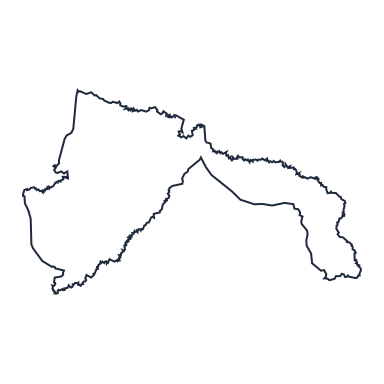 Dong Charoen, Phichit, Thailand
{"feature_id": "78962969B92900042333886", "entity_name": "Dong Charoen", "entity_type": "district", "adm_level": 2, "iso_a3": "THA", "parent_name": "Thailand", "parent_adm1": "Phichit", "projection": "robinson", "projection_center": [100.63, 16.0], "detail": "fine", "context": "isolated", "style": "outline", "palette": "slate", "viewbox_px": 384, "rotation_deg": 0, "n_neighbors": 0, "source": "geoboundaries", "source_scale": "gbopen_adm2", "svg_char_len": 5981}
<svg xmlns="http://www.w3.org/2000/svg" viewBox="0 0 384 384"><path d="M52.0,266.9L52.8,266.3L55.0,267.3L55.2,268.4L64.0,270.5L63.0,272.6L63.1,274.8L61.4,276.4L54.7,277.6L54.0,282.4L55.1,282.9L55.3,284.1L54.1,285.8L52.4,285.5L53.0,286.5L52.4,288.4L53.4,289.5L53.0,290.4L54.7,291.5L54.5,293.0L55.3,292.6L55.9,293.7L57.8,293.1L57.6,290.9L58.8,289.8L59.9,290.4L62.8,288.9L62.9,290.1L64.7,290.0L65.1,288.2L67.4,288.0L68.8,285.3L70.4,287.4L71.5,287.4L72.7,286.4L72.7,284.3L74.0,284.4L75.1,282.9L77.5,283.0L77.8,283.9L78.4,283.1L78.6,285.7L79.0,284.8L80.8,285.8L81.6,284.1L83.0,284.0L82.5,283.2L83.7,281.5L85.4,281.4L86.2,280.1L85.3,278.4L86.5,275.0L91.1,277.5L94.1,274.9L93.5,273.8L94.8,273.3L96.6,268.7L97.7,268.9L97.2,267.0L98.1,267.1L98.3,265.1L99.9,264.1L100.5,261.8L101.4,262.8L102.3,261.6L104.2,263.1L105.3,261.4L106.7,261.5L106.8,263.2L107.3,262.4L107.9,262.9L109.5,259.2L114.5,261.6L116.8,260.2L117.3,261.1L118.2,259.6L118.3,260.6L119.6,260.6L118.9,258.1L120.3,257.6L119.1,255.1L120.8,255.5L121.1,253.2L123.4,251.5L122.7,250.2L124.0,250.8L125.0,249.5L124.4,247.2L125.7,245.6L124.9,245.2L126.3,244.7L125.3,243.1L126.5,241.5L127.2,242.2L128.4,241.4L127.9,240.2L129.2,239.5L128.4,239.4L129.1,238.7L128.3,237.7L129.9,237.8L129.5,236.7L130.5,236.9L130.3,235.9L131.6,236.4L131.4,235.1L133.3,234.1L132.6,233.1L133.6,233.3L134.4,231.5L134.6,232.2L136.4,231.8L136.6,230.8L137.4,231.8L137.4,230.4L138.5,230.3L138.6,229.2L140.7,229.3L141.0,230.3L141.8,228.9L142.8,229.2L144.4,225.4L145.6,225.2L146.7,222.9L149.0,222.3L151.0,217.7L152.5,216.8L154.0,217.7L153.7,213.9L159.8,212.4L160.1,210.6L161.9,209.2L162.7,204.6L164.9,202.4L164.6,201.0L165.7,201.2L165.9,199.4L166.8,199.9L166.6,199.0L168.9,197.7L169.4,195.8L167.8,193.7L169.2,192.1L168.6,190.3L169.3,189.9L169.3,188.2L172.4,185.9L182.3,183.8L182.9,181.1L182.1,178.5L184.5,173.8L187.6,171.7L188.4,169.0L199.6,159.9L200.9,157.4L205.8,167.0L211.5,175.0L232.2,191.6L240.4,199.7L254.4,204.3L262.3,203.9L272.1,205.5L284.8,202.9L293.4,204.2L294.4,208.6L298.3,209.3L300.1,212.5L299.7,215.2L302.5,216.5L301.2,221.5L301.7,224.0L307.0,230.4L307.6,234.6L306.3,240.2L306.7,245.9L311.1,253.5L312.1,263.3L321.1,270.7L324.0,270.1L326.3,274.0L325.9,276.7L324.3,278.4L327.4,278.6L329.4,280.2L334.6,278.8L336.0,276.1L340.2,276.1L341.8,273.8L343.8,274.4L345.2,277.1L346.7,276.9L347.9,275.5L349.1,276.7L355.9,278.1L357.2,277.6L358.1,275.6L359.6,275.4L359.2,274.6L361.0,270.0L360.3,267.8L358.4,266.2L359.1,265.3L357.1,264.6L357.0,263.1L356.2,263.0L356.9,262.3L356.2,260.0L354.7,260.3L354.5,253.3L355.7,252.9L354.6,250.3L352.6,249.4L352.7,246.9L351.5,245.7L351.9,244.7L349.3,242.4L346.9,242.0L347.1,241.0L343.0,237.4L339.7,236.9L337.6,234.2L338.8,232.6L336.4,229.0L336.5,225.8L337.5,225.2L337.2,222.5L338.4,222.3L339.5,218.4L340.8,218.5L343.1,215.8L344.1,216.0L344.3,215.0L343.1,214.9L343.6,214.3L342.9,214.3L342.7,212.7L343.7,213.0L343.6,209.3L344.6,206.2L344.0,204.1L345.4,203.0L344.9,201.1L341.4,199.1L340.8,197.0L339.4,196.7L336.0,193.1L331.3,192.8L330.9,191.7L329.7,192.9L327.6,193.2L326.1,188.8L326.4,187.3L323.8,186.8L322.5,185.0L321.1,185.4L321.1,182.9L319.7,183.0L318.7,181.7L317.9,180.5L318.5,179.2L316.6,178.7L317.7,178.2L316.9,177.1L315.4,177.4L315.2,178.8L310.7,177.2L307.6,178.6L302.6,176.2L302.1,176.6L303.0,177.6L302.4,177.7L299.3,175.8L299.7,174.7L298.3,174.3L299.1,173.1L296.4,174.1L296.9,172.6L295.9,169.8L295.1,168.9L293.9,169.2L293.7,167.5L289.0,168.0L289.8,166.3L287.6,167.4L285.6,164.2L285.5,165.8L284.3,167.1L282.5,165.0L283.2,163.5L282.5,161.7L280.5,161.7L280.1,160.7L279.0,161.9L275.1,162.3L273.8,161.0L272.0,162.3L270.2,161.1L269.1,162.3L267.8,160.4L266.9,160.8L267.0,158.7L264.8,160.3L262.2,158.5L261.0,159.7L258.1,159.7L257.6,160.7L255.7,159.5L252.7,159.9L252.8,161.5L250.5,160.0L249.6,162.3L247.9,159.5L246.9,160.4L244.9,159.2L244.0,160.4L242.6,159.0L242.5,157.2L239.2,157.4L238.0,155.8L236.9,157.6L237.2,158.8L234.3,158.8L233.0,157.4L232.9,159.2L231.9,160.4L230.4,158.5L230.6,156.9L228.8,158.2L228.0,155.1L226.5,155.7L225.8,153.2L226.4,152.0L223.0,153.9L221.4,152.2L220.4,153.1L219.2,151.1L217.1,153.0L216.8,151.7L215.5,152.4L214.9,151.0L213.1,151.3L213.3,149.4L211.2,148.0L210.5,143.6L206.5,142.4L205.4,140.7L204.3,126.2L203.3,126.5L202.5,124.9L201.6,124.8L201.2,127.2L200.3,127.3L200.3,124.8L199.2,125.5L198.7,124.6L197.1,125.4L196.6,127.5L194.4,127.9L195.2,128.7L194.1,128.6L194.0,129.9L191.9,130.8L192.7,135.2L191.6,136.0L189.9,136.8L188.4,135.6L186.4,138.4L183.4,136.1L181.0,137.4L179.3,135.6L177.5,136.1L179.9,134.4L178.7,131.6L181.1,131.1L182.4,132.2L181.4,128.4L183.8,119.7L175.7,115.2L174.3,115.2L174.7,116.8L173.7,116.3L171.6,117.4L170.6,116.1L169.6,117.3L168.2,117.0L169.1,114.9L166.1,115.8L166.7,113.5L163.4,111.3L162.9,112.8L160.8,114.3L157.0,111.5L157.4,110.1L155.0,107.1L151.4,108.3L149.6,107.8L148.8,110.3L146.2,111.6L141.4,110.1L137.8,111.5L136.9,109.9L134.9,110.7L134.2,109.5L134.0,110.8L133.1,110.9L132.9,109.9L132.4,110.8L131.5,108.4L130.3,108.6L130.0,110.1L128.6,108.7L128.3,110.0L126.5,108.3L125.5,108.6L126.6,107.4L126.4,106.1L123.1,106.6L120.2,105.2L120.4,103.2L119.1,101.5L117.5,103.1L112.9,101.8L111.1,103.0L108.9,102.7L104.2,100.5L103.1,99.0L99.7,98.4L96.1,95.1L94.7,95.5L91.2,92.3L86.3,94.0L80.0,91.2L78.8,91.7L77.7,90.3L76.3,96.3L73.3,128.8L71.3,133.0L66.8,135.3L64.7,138.7L59.0,160.0L59.0,163.3L56.5,166.0L54.5,165.2L53.5,166.2L55.8,167.7L54.1,169.9L55.6,172.4L57.4,173.0L61.3,171.4L63.9,173.5L67.3,171.5L68.0,178.4L66.3,177.9L66.5,176.9L63.4,176.9L64.0,177.5L63.0,177.8L63.3,179.4L60.5,180.6L60.5,181.6L58.4,180.9L57.2,181.8L57.5,182.6L55.5,182.5L53.2,186.2L50.5,187.6L49.2,186.7L49.1,187.9L48.2,187.4L48.6,188.6L47.1,188.0L47.0,189.1L45.1,189.2L45.1,190.5L43.3,190.4L43.7,191.6L42.8,191.4L42.7,192.3L41.6,190.8L39.8,191.2L38.4,189.4L36.8,190.1L35.8,188.3L35.2,188.7L34.0,187.3L31.0,187.9L29.0,189.7L27.1,190.1L27.0,189.1L24.3,190.0L23.1,194.1L23.0,195.9L24.5,196.3L24.9,203.3L28.3,210.4L30.7,218.7L31.4,244.6L33.2,248.6L42.3,261.0L52.0,266.9Z" fill="none" stroke="#1e293b" stroke-width="2"/></svg>